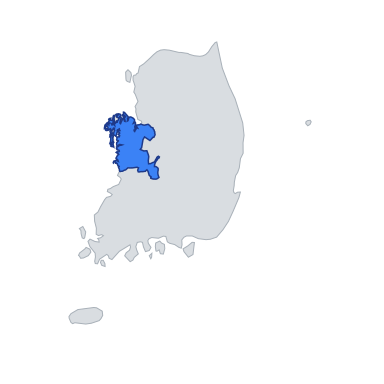 South Chungcheong highlighted on a map of South Korea, rotated 11°
{"feature_id": "KOR-2502", "entity_name": "South Chungcheong", "entity_type": "Province", "adm_level": 1, "iso_a3": "KOR", "parent_name": "South Korea", "parent_adm1": "", "projection": "equal_earth", "projection_center": [126.614, 36.518], "detail": "fine", "context": "in_parent", "style": "filled", "palette": "blue", "viewbox_px": 384, "rotation_deg": 11, "n_neighbors": 0, "source": "natural_earth", "source_scale": "10m", "svg_char_len": 9227}
<svg xmlns="http://www.w3.org/2000/svg" viewBox="0 0 384 384"><g transform="rotate(11 192 192)"><path d="M115.1,86.4L116.4,85.4L116.4,83.9L116.5,78.9L120.1,75.5L125.3,68.5L127.9,64.7L130.8,61.1L134.1,58.7L137.5,57.6L142.7,57.1L152.6,57.5L154.6,57.1L161.5,56.8L163.2,57.4L168.2,57.8L173.8,57.3L176.6,56.3L179.2,54.5L181.4,51.4L183.7,45.5L186.2,40.9L187.7,40.0L198.1,64.6L208.0,80.6L216.5,92.2L228.6,114.5L232.3,126.5L232.7,133.9L234.8,144.2L233.2,150.0L233.8,159.3L233.1,164.1L231.7,167.6L231.7,174.3L232.2,177.9L232.3,182.7L233.3,184.6L234.7,185.3L236.8,183.5L239.5,182.8L239.1,188.6L236.0,203.2L233.4,213.8L229.6,223.1L224.8,231.6L219.0,234.9L214.9,236.1L207.1,236.6L200.6,235.1L195.0,236.2L192.7,238.0L191.1,241.0L192.3,245.7L192.2,249.2L189.8,248.9L185.0,246.9L179.8,246.6L177.3,245.6L174.8,240.6L172.3,240.8L167.9,243.8L161.1,244.4L158.8,246.0L157.9,248.1L158.9,250.7L162.3,254.2L161.2,257.6L157.7,259.4L154.8,255.1L153.0,250.9L151.0,250.7L147.9,251.9L147.3,256.4L148.8,259.5L151.1,263.0L147.8,267.2L147.0,270.1L144.6,272.2L138.1,267.5L139.0,264.2L141.8,261.0L142.2,257.7L141.2,255.7L132.0,264.1L126.3,273.6L123.3,272.9L122.0,270.5L120.2,269.5L114.1,275.6L113.0,280.5L110.7,280.7L109.7,278.6L109.6,274.2L108.6,270.5L102.2,265.1L99.3,260.3L100.9,257.7L106.2,259.1L110.4,258.9L109.6,256.7L108.2,255.6L111.0,254.4L113.4,251.8L111.4,251.1L108.5,252.6L106.0,251.8L105.0,245.7L102.0,239.3L100.5,233.2L103.5,229.6L105.0,224.1L107.7,216.2L109.1,213.6L112.9,211.8L114.2,209.7L112.2,208.7L108.8,207.7L108.9,205.4L111.2,204.2L113.7,201.7L118.6,198.6L120.1,192.8L118.7,191.4L115.7,190.0L116.3,187.1L117.6,184.8L117.1,183.5L113.5,179.7L111.1,176.3L111.8,172.4L111.3,166.5L111.6,161.6L111.5,158.9L109.7,152.9L108.9,146.8L106.6,147.7L104.7,149.2L98.1,147.1L96.0,147.0L95.1,142.5L97.5,137.0L103.2,132.1L106.4,131.5L108.9,129.4L112.7,128.7L117.3,132.0L121.4,132.7L123.7,138.4L125.1,139.6L125.4,137.5L128.7,135.0L129.5,133.2L128.8,132.1L125.0,131.1L121.5,124.1L121.1,121.0L119.8,119.0L121.7,113.4L117.7,107.0L115.8,105.0L116.0,99.2L114.0,95.5L112.8,93.5L112.1,90.0L112.7,88.5L114.5,87.9L115.1,86.4ZM101.9,342.7L100.0,344.0L98.2,343.2L97.7,342.6L95.5,339.4L95.0,337.7L96.4,334.5L102.4,329.2L117.7,324.1L120.5,323.9L126.6,326.1L127.9,330.2L126.8,333.7L125.4,336.0L118.3,340.0L112.9,341.9L101.9,342.7ZM204.9,253.2L200.9,256.7L195.5,252.1L194.1,249.5L198.2,245.7L201.7,241.4L204.0,241.1L204.9,253.2ZM176.1,252.8L175.7,258.4L172.7,258.6L170.8,255.1L168.9,256.8L167.9,256.8L166.4,252.4L166.1,249.0L169.7,246.3L171.8,247.9L174.9,248.7L176.1,252.8ZM98.0,277.5L95.3,278.3L93.7,276.4L92.7,275.9L93.3,273.3L97.7,268.3L98.6,266.6L102.7,267.6L104.2,270.3L102.3,274.3L98.0,277.5ZM110.3,88.9L110.1,96.2L107.8,95.9L106.2,95.2L105.6,93.7L104.0,87.0L105.8,84.2L109.2,86.4L110.3,88.9ZM95.4,257.1L94.8,258.4L93.0,258.0L91.1,254.1L90.3,251.0L88.4,249.4L91.4,246.7L95.3,251.5L95.4,257.1ZM105.9,158.1L105.4,161.7L102.6,159.3L101.8,151.4L104.6,153.7L105.9,158.1ZM294.9,103.2L293.0,104.9L290.7,103.2L290.4,101.5L291.6,100.0L294.3,99.0L295.6,100.4L294.9,103.2ZM120.2,279.0L120.9,281.7L117.4,281.2L115.6,278.6L115.9,276.4L117.9,276.0L120.2,279.0ZM164.8,263.6L164.3,265.4L162.2,262.7L164.3,259.8L164.8,263.6Z" fill="#d9dde1" stroke="#a8b0b8" stroke-width="1"/><path d="M122.6,183.0L121.8,183.3L120.9,183.9L120.2,184.6L119.4,185.0L118.4,185.2L117.6,185.6L116.9,185.3L116.7,184.9L116.6,184.4L116.4,183.7L116.1,183.1L115.3,182.1L115.0,181.4L115.6,180.9L115.3,180.5L114.2,180.1L113.2,178.3L112.5,178.0L111.9,178.3L111.6,178.3L111.6,177.7L110.7,177.0L109.8,177.2L109.6,178.2L109.4,178.6L109.1,178.3L109.3,176.7L110.7,175.9L112.0,175.5L113.8,176.0L113.2,174.9L112.8,174.5L112.3,174.1L112.1,174.0L111.7,174.2L111.2,173.7L110.9,173.3L111.8,170.7L112.3,169.6L112.9,169.1L112.4,168.5L110.6,167.9L110.0,167.6L110.6,166.9L112.5,166.5L112.9,165.9L112.6,165.1L112.0,164.9L110.6,164.9L110.3,164.7L109.8,164.1L109.5,163.7L109.5,163.4L110.0,163.4L109.4,162.1L110.1,161.7L111.0,161.4L111.8,160.1L113.6,159.6L114.4,159.1L111.9,159.1L111.3,159.5L110.4,160.9L109.7,161.1L109.3,160.5L108.9,159.5L108.7,158.4L108.7,157.8L109.6,156.7L110.0,156.0L109.9,155.7L109.1,156.1L108.7,155.7L108.4,155.5L108.2,155.4L108.0,154.9L108.2,154.4L108.1,153.9L107.9,153.0L107.7,152.6L107.6,152.3L108.2,152.3L109.1,151.9L109.9,151.9L110.0,151.2L110.3,150.6L109.9,150.1L109.4,150.0L108.7,149.3L109.2,148.7L109.8,148.1L109.4,147.4L108.4,147.2L108.2,146.2L108.5,145.6L109.5,145.4L108.9,144.7L108.7,144.4L108.6,143.9L108.2,144.2L107.6,144.9L107.0,145.2L106.8,145.6L106.8,146.0L107.1,146.5L107.2,147.4L106.9,148.5L107.1,150.0L106.6,151.2L106.2,151.7L105.5,151.1L104.6,151.0L103.8,150.5L104.0,147.4L104.3,146.4L103.8,146.1L103.9,144.7L103.5,144.1L102.8,144.2L102.4,145.0L102.3,145.9L102.0,146.5L101.1,146.5L101.5,147.4L102.2,148.7L102.5,149.6L102.0,150.0L102.1,150.5L102.8,151.5L102.2,151.7L101.6,152.0L101.2,152.5L100.8,153.0L100.8,152.6L100.7,152.2L100.7,151.8L100.5,151.5L101.1,150.2L99.9,148.0L100.2,146.9L99.9,145.4L99.1,145.9L98.0,147.3L97.2,147.7L96.7,147.8L96.3,148.0L95.8,148.0L95.3,147.7L95.0,146.9L95.0,146.4L95.2,146.2L96.9,146.2L97.4,145.8L97.3,145.0L96.9,144.1L96.2,143.8L95.6,143.6L95.0,143.1L94.8,143.8L94.7,145.2L94.4,145.8L93.9,146.3L93.8,145.8L93.8,144.4L93.8,143.1L93.9,142.7L95.0,141.2L95.2,140.7L95.3,140.0L95.5,140.6L95.7,141.1L95.9,141.5L96.2,142.0L96.4,141.7L96.7,141.8L97.3,142.0L96.9,141.3L96.5,140.4L97.7,140.8L98.2,140.7L98.5,140.0L97.4,139.9L96.7,139.6L96.7,138.9L97.4,137.7L96.4,136.9L96.5,136.1L97.2,135.5L98.2,135.1L98.0,136.5L98.1,136.9L98.6,137.0L99.7,137.0L100.0,136.8L100.2,136.3L100.3,135.0L100.2,133.3L100.4,131.9L101.4,131.6L101.3,132.4L101.3,133.6L101.5,134.8L102.0,136.3L101.7,136.8L101.3,137.3L101.1,137.7L101.1,138.3L101.3,139.1L101.4,139.3L101.2,139.6L100.2,140.2L100.3,140.7L100.4,141.2L100.6,141.5L100.9,141.4L101.6,140.7L102.2,140.7L103.4,141.5L102.5,139.5L102.2,138.3L102.7,137.7L103.3,138.7L103.8,139.0L104.0,138.3L104.1,138.2L104.6,138.0L105.4,137.7L105.4,137.4L105.1,137.3L104.3,137.0L104.3,136.6L105.3,136.4L105.9,135.4L106.0,134.1L105.7,133.2L105.3,133.1L104.2,133.0L103.7,132.8L103.3,132.3L103.1,131.8L103.4,131.6L104.0,132.0L104.2,131.2L103.9,130.7L103.3,130.5L102.5,130.5L102.8,130.1L103.3,129.8L103.7,129.7L104.1,130.0L104.5,130.3L104.9,130.4L105.0,130.2L104.8,129.8L104.8,129.3L106.4,129.3L107.1,129.6L107.5,130.3L107.2,130.8L106.8,131.3L106.6,131.9L106.9,132.8L107.2,132.4L107.7,132.1L108.1,132.1L108.3,132.6L108.3,133.0L108.5,133.4L108.6,133.7L108.1,134.4L108.0,134.7L108.0,137.2L108.1,137.9L108.4,138.4L108.8,138.6L108.9,138.3L109.1,137.0L109.8,134.3L110.0,133.0L110.2,132.7L110.8,133.1L111.5,133.9L111.8,134.5L112.0,135.1L112.3,135.4L112.9,135.5L112.9,135.1L112.6,134.7L112.2,133.6L111.9,133.0L109.3,130.1L109.2,130.0L109.3,129.4L109.7,129.4L110.1,129.9L110.8,130.7L111.1,131.1L111.6,131.3L112.1,131.3L112.5,131.0L112.5,130.7L112.2,130.3L111.6,130.1L110.8,129.7L110.0,128.9L109.6,127.6L109.5,126.7L110.2,126.7L110.9,127.0L111.5,127.6L113.2,128.8L113.5,129.2L114.1,129.6L114.7,130.0L115.2,130.8L115.0,131.5L114.6,132.0L114.6,132.4L115.1,133.3L115.1,133.8L115.0,134.7L115.4,134.4L115.6,134.0L115.7,133.5L115.6,132.1L115.7,131.7L116.4,130.4L117.1,130.1L117.7,130.1L118.5,130.2L119.3,130.5L120.3,130.8L121.0,131.3L121.9,132.2L122.0,133.4L121.3,135.8L121.8,135.5L122.6,134.4L123.0,134.3L123.3,134.8L123.5,135.6L123.6,137.2L123.6,137.5L123.4,138.3L123.3,138.7L123.4,139.2L123.8,139.9L124.2,141.6L124.0,142.1L123.3,142.3L123.5,142.8L123.6,143.1L123.9,143.3L124.2,143.5L124.5,142.2L124.9,141.5L125.1,140.7L124.7,139.3L125.6,139.6L126.5,139.7L125.0,138.0L124.6,137.0L125.5,136.6L126.2,136.5L128.1,135.7L128.9,135.1L130.9,135.5L132.5,135.5L136.0,133.9L137.8,134.8L139.5,136.2L141.5,136.5L141.8,137.4L142.3,137.9L142.9,138.3L143.6,139.8L144.1,140.2L144.1,141.4L144.4,141.7L144.7,142.3L144.8,142.9L144.7,143.5L144.5,144.1L144.3,145.2L144.1,145.6L143.7,145.7L143.3,145.7L143.0,146.1L142.1,147.7L140.9,149.5L134.9,147.0L133.9,149.9L134.1,158.3L133.5,159.0L133.1,160.1L136.9,160.9L139.8,160.1L142.1,163.9L142.8,165.5L143.1,169.5L144.0,172.6L146.0,172.0L147.9,170.5L148.5,170.3L149.6,169.3L150.2,166.9L150.7,166.0L150.9,164.7L151.5,163.9L152.2,163.3L152.8,163.6L153.3,163.8L153.2,164.8L152.5,165.3L152.0,166.2L151.7,167.1L150.7,168.9L150.2,171.1L150.1,172.6L150.3,174.2L151.6,173.9L152.9,174.4L154.2,175.2L154.6,176.9L154.6,178.8L155.0,180.7L155.8,182.4L156.8,184.0L155.8,185.1L154.8,186.0L153.5,186.4L152.3,186.5L151.4,186.7L148.9,186.4L148.7,185.9L149.0,185.3L148.8,184.7L148.2,184.6L146.8,183.8L144.9,180.1L143.5,178.8L142.8,179.6L142.3,180.6L141.4,180.8L140.2,181.3L137.8,181.8L136.7,182.3L135.4,182.5L134.5,181.0L134.9,178.5L133.3,178.2L128.9,179.7L126.6,180.2L124.5,180.5L122.6,183.0ZM105.4,160.0L105.7,161.0L106.3,161.9L106.6,162.8L106.2,162.6L104.3,162.7L103.7,162.6L103.6,161.8L103.8,161.5L104.1,161.2L104.3,160.7L103.2,161.3L102.8,161.1L102.9,160.3L103.7,159.1L103.4,158.8L102.8,159.5L102.6,159.0L102.2,159.3L102.4,157.9L102.2,155.9L102.0,154.6L101.6,153.1L102.0,152.6L102.7,151.8L103.5,151.6L104.1,152.5L104.2,152.9L104.0,153.3L103.7,153.5L103.7,153.9L104.4,155.6L104.5,156.2L104.3,156.6L104.6,157.0L105.0,157.3L105.4,158.0L104.5,158.0L104.5,158.4L104.8,158.4L105.4,158.8L105.3,159.4L105.4,160.0Z" fill="#3b82f6" stroke="#1e3a8a" stroke-width="1.5"/></g></svg>